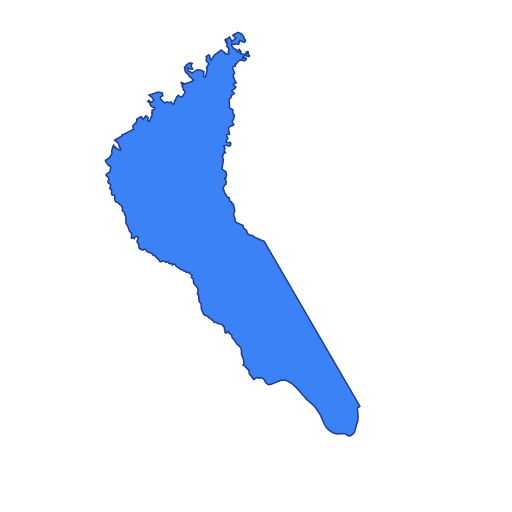 the district of Mironó, Ngöbe Buglé, Panama, rotated 150°
{"feature_id": "35544464B14615778162617", "entity_name": "Mironó", "entity_type": "district", "adm_level": 2, "iso_a3": "PAN", "parent_name": "Panama", "parent_adm1": "Ngöbe Buglé", "projection": "natural_earth1", "projection_center": [-81.895, 8.486], "detail": "fine", "context": "isolated", "style": "filled", "palette": "blue", "viewbox_px": 512, "rotation_deg": 150, "n_neighbors": 0, "source": "geoboundaries", "source_scale": "gbopen_adm2", "svg_char_len": 6146}
<svg xmlns="http://www.w3.org/2000/svg" viewBox="0 0 512 512"><g transform="rotate(150 256 256)"><path d="M323.8,423.1L324.6,422.8L328.4,419.3L329.3,417.2L330.1,416.4L333.2,414.7L336.2,414.1L338.6,414.2L338.9,412.6L338.5,408.2L337.5,407.6L337.4,405.5L340.5,402.0L344.9,401.6L345.6,400.6L344.7,398.0L344.7,396.8L345.1,396.0L347.0,394.6L347.4,393.7L347.3,392.7L346.5,391.2L346.3,390.1L348.8,387.6L348.9,386.9L348.1,386.4L347.9,385.7L350.1,382.0L350.3,381.1L350.1,380.7L348.8,380.0L348.4,379.4L348.6,377.9L350.2,375.6L350.4,374.2L350.1,372.4L348.5,370.9L348.5,369.1L347.4,367.0L347.6,364.7L349.1,362.0L349.0,361.2L348.0,359.3L349.0,357.8L349.0,355.3L352.3,349.2L352.2,346.0L353.2,340.4L352.4,337.7L354.9,334.0L354.7,333.4L353.3,333.2L352.8,331.9L350.8,333.1L350.2,333.1L348.5,330.9L351.8,328.2L352.0,327.3L351.6,325.7L353.3,321.0L352.8,319.9L351.2,317.8L350.7,317.6L349.7,317.8L348.8,317.4L348.2,316.2L348.1,314.0L344.8,310.2L344.7,307.9L343.6,306.9L343.2,306.0L343.0,304.4L341.9,300.6L342.0,299.0L340.6,298.3L339.1,298.3L338.1,297.8L337.3,295.7L335.0,295.1L335.2,293.6L334.6,292.4L332.8,291.7L333.0,290.1L331.0,290.0L330.4,289.7L330.3,287.2L328.7,283.9L328.5,282.7L326.5,280.6L325.9,278.9L325.0,278.4L324.4,276.5L322.1,275.1L322.0,273.6L321.1,271.7L321.3,271.0L322.7,269.9L321.8,267.6L323.6,263.7L323.4,261.8L322.8,259.6L322.7,256.9L323.7,254.7L325.9,252.3L325.3,251.2L326.2,248.6L327.3,247.3L328.0,243.9L327.6,243.3L327.6,242.2L328.5,239.8L329.6,238.1L330.5,232.2L330.0,230.4L327.9,227.7L327.6,226.0L326.4,223.8L326.3,222.5L325.4,221.8L325.5,219.4L323.7,218.5L322.6,216.3L321.0,215.1L319.4,212.9L319.5,211.5L319.0,210.4L320.0,208.1L320.2,206.4L321.1,205.4L320.1,204.0L318.6,204.8L317.9,204.6L317.9,202.7L316.7,200.2L316.7,199.2L317.3,198.0L317.5,196.7L316.8,194.5L316.5,189.3L315.3,185.3L315.2,183.4L316.2,180.7L317.6,178.4L318.5,173.2L319.2,170.9L320.4,168.8L321.7,168.0L320.8,166.5L319.5,160.8L319.7,159.7L320.7,157.3L320.0,152.9L320.0,150.4L319.4,150.1L315.9,150.3L314.6,148.8L311.9,147.5L310.8,145.3L310.8,141.0L309.9,138.9L309.1,138.0L306.9,137.3L296.5,135.9L293.1,134.0L290.8,131.4L288.6,127.1L287.0,122.3L283.7,106.1L280.9,98.1L280.3,95.5L279.7,86.3L280.8,77.2L280.9,73.8L280.5,70.8L279.7,68.3L278.3,65.3L276.2,62.5L273.9,60.9L268.3,58.0L267.4,57.1L266.1,54.3L265.5,53.6L263.9,53.0L260.9,53.4L259.3,54.0L257.3,55.5L253.1,59.9L250.8,61.7L247.9,65.8L244.3,73.6L243.8,73.9L242.9,73.6L241.2,73.9L241.6,264.6L248.0,273.2L248.8,275.5L250.8,277.2L251.8,278.5L251.9,280.0L251.5,282.9L252.7,286.5L252.0,289.0L255.9,294.2L256.7,296.5L255.5,298.7L254.8,302.5L254.2,303.8L252.1,305.4L251.6,306.2L249.7,312.1L249.8,312.5L250.7,313.4L250.1,314.7L251.1,316.8L251.1,317.5L250.5,318.5L250.1,319.9L251.2,321.1L251.6,323.2L251.3,324.4L251.6,326.6L250.9,329.0L251.0,330.6L247.9,333.1L246.2,333.0L244.9,334.8L244.3,336.5L244.3,337.4L244.9,338.5L244.5,338.8L243.0,338.5L242.3,339.8L241.1,340.6L240.9,341.8L239.9,343.9L241.9,347.8L241.8,348.6L236.2,355.4L235.2,359.3L234.0,359.7L233.5,360.9L232.9,361.2L231.2,360.6L230.8,360.7L230.7,363.3L228.9,364.9L229.2,367.1L228.7,367.3L226.8,367.0L224.2,364.5L223.3,364.4L222.5,364.8L221.7,365.8L221.5,367.2L224.6,369.1L224.8,369.6L223.6,371.3L221.4,371.9L221.5,375.2L220.0,375.7L218.5,374.6L217.9,374.8L216.5,379.3L215.4,381.0L213.2,381.2L210.3,380.4L209.5,381.0L209.6,384.2L208.6,385.0L207.1,385.5L206.1,387.0L204.4,388.4L204.6,391.4L202.9,394.3L203.4,395.3L204.4,396.2L204.8,397.8L202.7,401.5L201.5,404.4L200.8,405.1L197.9,406.0L196.8,407.5L194.7,407.3L193.7,407.6L193.4,408.3L194.6,410.4L194.3,411.1L190.2,411.8L189.1,412.3L189.0,413.1L189.8,415.0L189.8,415.8L189.1,416.4L187.0,415.7L186.5,416.0L186.6,419.2L185.5,423.8L184.9,424.5L183.4,424.7L182.9,425.4L182.4,430.6L181.0,431.4L179.0,430.8L178.6,431.1L178.3,432.4L176.6,432.3L175.2,433.1L172.8,433.7L170.6,433.0L168.8,430.9L167.1,430.8L165.8,431.4L165.7,432.4L166.3,433.0L168.4,433.7L168.6,434.2L168.2,434.7L165.8,435.1L164.8,434.7L162.4,432.2L161.6,432.4L161.5,433.7L162.0,435.6L161.7,435.9L160.9,435.9L160.8,437.1L162.3,437.6L163.9,436.0L165.9,436.9L167.2,438.0L168.1,439.3L166.8,440.4L167.1,443.3L167.7,443.2L169.2,441.2L170.3,442.3L169.5,444.3L171.1,446.1L171.5,446.9L171.9,450.7L170.9,451.9L171.0,452.5L169.2,450.0L167.2,449.7L165.4,448.0L163.9,449.0L162.4,451.0L160.1,447.6L159.1,446.9L158.4,447.0L157.6,447.5L157.2,448.2L157.5,449.6L157.1,451.6L157.2,454.6L157.8,456.1L159.8,458.7L165.7,458.9L164.5,454.7L169.7,453.8L169.3,458.9L172.9,458.5L174.4,459.0L174.9,458.3L174.7,457.3L175.0,456.6L174.1,456.9L174.2,455.8L174.6,455.3L175.0,453.8L175.5,453.6L176.5,451.7L175.6,450.5L176.1,449.3L175.9,448.5L177.8,447.0L178.3,444.9L178.7,444.5L181.5,446.3L181.1,447.0L183.1,451.8L191.5,450.8L196.9,448.0L197.3,448.6L195.9,453.2L196.5,453.8L199.4,453.7L199.5,452.5L201.5,450.2L200.8,446.0L204.8,443.9L205.1,441.8L205.8,440.9L210.2,436.4L211.6,437.7L208.9,441.8L209.6,442.6L210.2,443.9L213.5,446.6L219.9,446.4L220.5,447.8L222.3,450.4L221.4,453.1L219.6,450.9L217.5,449.5L217.0,453.3L216.4,454.0L215.0,454.6L216.7,456.4L220.4,456.3L223.8,455.0L223.9,453.9L224.7,452.6L224.9,451.5L224.9,449.4L224.0,447.7L223.9,445.1L223.5,443.4L222.7,442.1L222.7,440.4L222.2,439.6L225.5,439.4L226.2,439.8L228.2,439.7L229.8,440.5L231.4,440.6L232.0,440.9L232.8,442.4L234.0,443.6L234.4,442.4L233.8,441.7L233.6,440.8L234.6,440.8L235.1,439.8L235.2,437.5L235.9,436.2L235.2,434.5L235.9,433.0L240.2,430.8L241.8,431.7L243.0,434.1L245.1,433.4L247.7,431.5L248.5,431.3L250.3,429.6L250.6,428.9L251.8,428.6L252.7,432.0L254.5,432.3L256.1,434.1L258.6,434.1L260.2,439.7L258.9,441.6L256.6,441.3L255.6,444.2L258.9,446.9L268.2,448.8L266.5,444.4L266.7,443.1L266.5,442.1L269.5,441.3L270.4,442.4L270.9,444.4L272.4,443.9L271.8,443.0L271.5,441.8L272.1,438.7L271.0,436.4L269.6,435.6L270.0,434.0L273.3,434.2L274.0,432.2L274.9,432.1L275.0,430.5L281.1,425.9L282.1,427.6L280.2,429.8L281.3,432.5L285.5,430.7L285.7,434.2L290.9,434.2L292.0,432.0L297.8,430.2L298.6,427.0L308.2,427.5L309.4,427.3L310.6,427.9L311.5,427.9L312.0,427.0L320.5,427.0L318.8,422.6L319.9,417.9L319.3,417.1L320.5,415.4L321.8,417.0L321.8,417.4L323.5,419.1L323.0,420.5L324.2,421.1L323.8,423.1Z" fill="#3b82f6" stroke="#1e3a8a" stroke-width="1.5"/></g></svg>